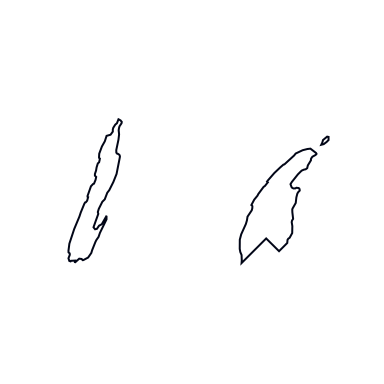 Keweenaw, Michigan, United States of America (Equal Earth projection), rotated 315°
{"feature_id": "52423323B74408100948794", "entity_name": "Keweenaw", "entity_type": "district", "adm_level": 2, "iso_a3": "USA", "parent_name": "United States of America", "parent_adm1": "Michigan", "projection": "equal_earth", "projection_center": [-88.443, 47.695], "detail": "fine", "context": "isolated", "style": "outline", "palette": "ink", "viewbox_px": 384, "rotation_deg": 315, "n_neighbors": 0, "source": "geoboundaries", "source_scale": "gbopen_adm2", "svg_char_len": 2279}
<svg xmlns="http://www.w3.org/2000/svg" viewBox="0 0 384 384"><g transform="rotate(315 192 192)"><path d="M223.3,295.4L225.7,293.4L227.0,293.1L228.7,293.4L233.8,291.9L238.8,287.1L241.2,283.8L242.6,282.9L244.5,282.5L248.7,277.2L250.5,275.3L251.4,274.8L257.6,273.1L262.0,269.6L265.4,267.6L267.0,267.2L269.0,267.2L269.5,266.9L270.3,265.5L270.2,264.6L268.8,262.8L267.6,262.5L266.3,261.3L265.8,260.0L265.9,258.8L267.2,256.1L269.7,255.5L279.4,254.4L283.6,254.4L284.9,254.5L287.1,255.4L288.4,256.3L290.3,256.6L292.7,255.1L298.5,253.7L299.4,252.8L300.7,252.4L302.1,252.2L305.6,253.2L307.0,253.1L307.3,252.1L306.4,245.1L304.0,243.2L299.8,240.7L292.5,238.1L290.0,238.4L276.8,237.8L276.1,237.3L271.7,237.0L263.6,236.8L253.6,237.5L252.4,237.7L252.4,238.8L252.2,238.8L247.8,239.3L246.3,239.0L237.5,240.3L235.7,240.9L230.6,241.4L224.8,243.2L224.9,243.9L224.7,244.7L223.2,246.1L221.3,247.2L213.8,248.7L210.8,250.9L207.5,252.7L196.9,256.7L192.1,259.5L185.5,266.0L183.7,268.6L182.5,271.6L178.7,275.7L176.8,277.3L211.6,277.3L211.7,295.4L223.3,295.4ZM56.5,154.0L57.1,155.2L57.8,155.1L60.8,157.8L59.8,158.4L59.6,158.7L59.8,159.1L65.1,159.4L66.6,161.3L66.5,162.9L67.0,163.3L72.2,164.9L77.7,163.9L80.3,162.5L88.7,158.9L90.6,158.3L94.1,157.7L98.0,155.8L112.2,150.9L114.2,148.9L114.1,148.6L105.4,151.0L102.5,150.1L98.7,150.8L97.1,149.8L97.4,147.3L103.9,144.2L110.3,141.2L111.2,139.6L114.2,138.0L121.7,135.5L125.1,135.5L131.6,132.6L134.8,132.2L143.5,129.3L151.4,125.9L166.0,116.1L166.8,114.9L166.9,114.0L166.6,112.6L166.2,112.1L166.3,110.7L168.1,108.8L177.0,103.0L181.2,99.7L183.8,96.5L185.4,95.3L187.1,94.3L190.7,93.6L191.9,92.8L192.1,90.8L191.4,88.6L187.5,90.3L185.4,90.1L181.8,90.9L180.2,91.8L178.7,93.3L174.9,93.9L171.3,91.9L166.2,94.5L160.5,96.1L153.5,99.3L150.7,101.8L150.4,102.3L150.5,103.2L149.1,104.2L147.3,105.3L145.6,105.2L142.0,107.1L139.3,109.0L136.1,110.6L134.9,111.8L134.9,113.6L132.4,115.2L128.6,116.8L127.7,116.4L124.6,116.5L115.2,121.0L114.7,121.7L114.9,122.2L111.7,124.0L109.7,124.2L109.0,123.8L107.5,124.2L98.9,127.8L94.9,129.8L82.5,134.9L68.8,141.8L63.1,146.2L62.0,147.4L62.1,148.9L61.2,150.0L57.8,151.5L56.5,154.0ZM316.8,250.0L319.0,251.3L322.5,251.8L325.3,251.8L327.5,249.6L326.7,248.4L321.4,247.9L319.1,249.2L316.8,250.0Z" fill="none" stroke="#020617" stroke-width="2"/></g></svg>